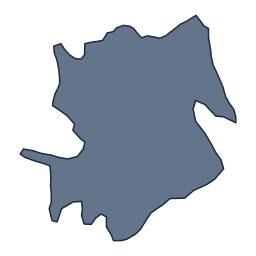 Acheritou, Cyprus
{"feature_id": "46923920B61147384181121", "entity_name": "Acheritou", "entity_type": "district", "adm_level": 2, "iso_a3": "CYP", "parent_name": "Cyprus", "parent_adm1": "", "projection": "albers", "projection_center": [33.854, 35.105], "detail": "fine", "context": "isolated", "style": "filled", "palette": "slate", "viewbox_px": 256, "rotation_deg": 0, "n_neighbors": 0, "source": "geoboundaries", "source_scale": "gbopen_adm2", "svg_char_len": 1479}
<svg xmlns="http://www.w3.org/2000/svg" viewBox="0 0 256 256"><path d="M107.3,32.9L102.7,40.3L98.6,41.2L90.3,42.4L84.9,43.7L84.5,54.9L81.2,59.1L75.4,58.7L69.6,54.9L64.6,49.5L60.9,43.7L53.8,46.2L54.0,49.4L54.2,52.4L57.1,60.7L58.8,69.5L59.6,77.8L59.6,84.0L57.5,89.0L55.1,93.6L53.0,101.5L52.6,105.7L57.1,108.6L66.7,115.3L74.5,124.0L72.9,130.3L80.3,138.6L84.9,142.3L83.2,149.0L77.4,156.5L67.9,159.0L58.4,157.3L51.7,155.2L40.5,153.2L33.1,150.7L23.5,149.0L20.2,154.0L24.8,157.3L33.9,160.7L42.6,163.2L49.7,165.7L50.5,170.7L50.9,179.0L50.5,186.1L51.3,193.1L51.3,202.3L49.2,208.6L50.9,216.1L52.1,220.6L57.1,221.9L61.7,208.6L73.3,201.9L81.6,201.5L82.4,208.6L81.6,215.6L84.1,224.0L91.1,224.4L95.7,218.1L101.1,214.0L106.4,216.9L106.4,226.9L111.4,235.2L113.5,240.6L121.8,240.6L127.2,239.0L135.1,234.4L140.4,229.4L145.8,220.6L150.8,213.1L155.8,209.4L162.8,204.8L169.9,198.6L184.7,198.1L193.8,190.3L206.7,184.5L214.5,179.3L223.6,168.8L221.0,159.7L215.8,152.6L211.3,144.1L204.8,133.1L195.7,121.4L193.1,109.0L195.7,100.5L204.8,104.4L215.8,116.1L223.5,116.8L235.8,122.7L235.8,117.3L234.1,110.3L232.9,108.2L228.3,101.9L226.7,98.2L225.8,97.4L222.9,86.9L216.4,71.9L213.2,65.4L211.2,56.3L210.6,49.8L208.6,38.1L208.4,28.3L204.2,26.2L200.5,21.2L196.0,15.4L190.6,18.7L186.0,21.6L180.6,24.1L176.5,27.4L171.1,31.6L165.7,35.8L159.5,38.3L154.1,37.0L147.5,35.8L141.7,37.8L138.4,34.5L133.4,28.3L129.7,26.2L123.4,25.4L116.4,27.9L113.5,31.6L107.3,32.9Z" fill="#64748b" stroke="#1e293b" stroke-width="1.5"/></svg>